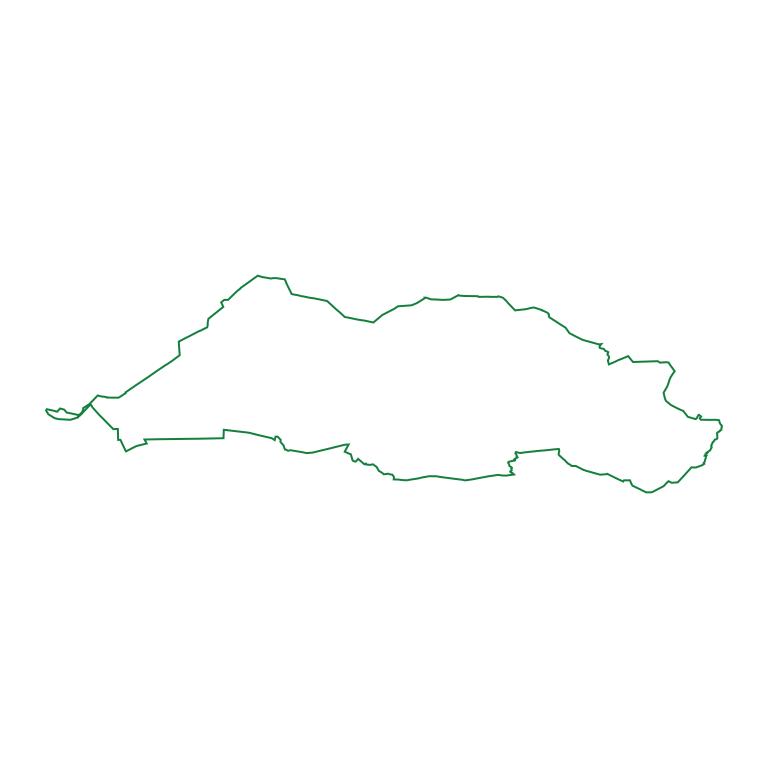 outline of Iršu pag., Kokneses, Latvia
{"feature_id": "27541924B71270592653243", "entity_name": "Iršu pag.", "entity_type": "district", "adm_level": 2, "iso_a3": "LVA", "parent_name": "Latvia", "parent_adm1": "Kokneses", "projection": "robinson", "projection_center": [25.608, 56.781], "detail": "fine", "context": "isolated", "style": "outline", "palette": "green", "viewbox_px": 768, "rotation_deg": 0, "n_neighbors": 0, "source": "geoboundaries", "source_scale": "gbopen_adm2", "svg_char_len": 5889}
<svg xmlns="http://www.w3.org/2000/svg" viewBox="0 0 768 768"><path d="M719.2,420.8L719.1,420.3L716.2,419.8L715.0,419.8L709.6,419.9L700.8,419.7L699.7,418.3L701.1,416.6L699.1,414.9L698.4,415.1L696.5,418.5L696.3,418.5L695.7,419.1L691.8,418.0L687.8,416.8L685.6,413.9L684.5,412.6L683.2,410.8L681.6,410.3L677.5,408.4L674.7,407.0L670.8,404.9L670.3,404.5L665.9,400.8L665.2,399.2L664.3,395.9L663.6,392.7L667.4,386.2L669.6,379.6L670.5,377.4L673.1,373.4L674.7,371.2L670.3,365.2L668.6,362.6L666.6,362.2L659.9,362.6L657.8,361.2L633.0,362.0L628.2,356.1L621.3,359.0L618.8,359.9L614.5,362.0L608.9,364.4L607.9,360.6L609.1,357.6L608.7,356.0L607.4,354.5L608.3,352.2L607.0,351.5L605.3,350.9L603.9,349.0L603.0,348.7L600.7,348.3L600.1,348.1L599.6,347.4L599.5,346.7L599.7,346.3L600.6,344.8L601.2,344.1L599.0,344.4L582.7,339.9L576.2,336.7L569.4,333.1L565.6,327.7L563.3,326.2L562.9,326.0L558.8,323.4L554.7,320.7L549.3,317.3L548.7,315.3L549.0,314.9L548.7,314.2L548.4,313.6L548.0,313.3L547.3,312.7L545.5,311.8L541.7,310.2L541.8,310.0L534.0,307.5L532.2,307.7L525.7,309.2L515.1,310.4L508.4,303.4L506.2,300.8L503.1,297.9L502.3,297.5L498.2,296.3L497.4,296.9L497.1,296.9L494.0,296.9L489.4,296.9L489.2,296.7L478.7,296.9L477.9,296.2L464.0,296.0L458.8,295.5L458.5,295.1L450.4,299.5L442.9,299.9L436.1,299.5L431.2,299.4L426.2,297.7L425.3,297.7L425.4,297.8L416.9,303.1L411.6,305.3L398.0,306.3L394.1,308.9L382.3,315.0L373.4,322.5L364.1,320.5L362.2,320.3L356.6,319.4L349.3,317.8L344.7,317.0L341.1,313.5L336.5,309.6L327.1,301.0L315.0,298.5L308.9,297.6L304.3,296.6L300.6,296.0L299.2,295.5L291.7,294.1L286.1,282.7L286.2,282.3L284.7,279.3L278.5,278.5L276.7,278.1L273.6,278.1L270.6,278.5L267.4,277.9L262.5,277.1L257.7,275.7L248.7,282.2L240.7,287.9L240.6,288.3L237.1,291.1L228.0,299.9L224.2,299.9L221.2,302.4L223.3,306.9L208.4,318.8L207.6,323.4L207.8,324.7L207.7,325.1L207.2,327.3L202.3,329.7L201.6,330.2L198.9,331.2L188.1,336.8L186.4,337.6L178.8,341.6L179.1,346.8L179.7,355.2L172.3,360.7L168.1,363.6L164.8,365.6L157.8,370.3L149.0,376.5L135.5,385.5L131.8,388.1L128.1,390.6L125.5,392.4L125.3,393.2L125.4,393.3L119.4,397.2L118.5,397.7L107.4,397.6L107.4,397.4L103.6,396.6L102.4,396.7L97.7,395.5L89.4,404.1L83.2,408.1L83.1,410.1L81.7,412.7L78.8,415.1L66.6,412.5L64.2,409.6L60.0,408.5L57.5,411.4L57.3,411.2L57.2,411.2L56.8,411.5L56.6,411.6L56.0,411.5L55.2,411.1L46.8,409.2L46.1,410.6L48.4,414.3L54.5,418.1L58.4,419.1L70.4,419.8L78.0,417.4L78.0,416.2L79.0,416.2L79.5,415.9L81.6,413.9L83.0,412.3L89.3,405.7L89.6,405.2L90.0,405.0L91.0,404.8L92.7,407.6L97.7,413.2L100.1,415.8L102.7,418.3L105.6,421.3L113.4,429.2L117.8,428.9L118.0,433.2L118.1,439.9L120.5,439.9L121.7,442.6L125.6,450.8L126.0,451.4L134.5,447.0L136.4,446.1L138.6,445.5L146.7,443.5L144.5,439.5L160.5,439.2L200.0,438.7L204.8,438.6L223.5,438.2L223.8,429.8L248.0,432.6L250.2,433.0L256.3,434.6L271.7,438.2L274.7,440.1L275.5,436.7L277.7,436.7L280.7,439.9L280.4,441.8L283.6,445.5L284.8,449.4L285.0,449.4L285.6,449.4L288.0,450.8L290.5,450.2L301.7,452.1L306.7,453.1L312.6,452.6L330.4,448.3L340.4,445.8L344.9,444.7L347.7,444.5L348.1,444.6L348.1,444.8L348.5,444.7L344.7,451.7L350.6,454.3L350.9,454.4L352.5,460.1L353.5,461.2L355.7,461.6L358.1,458.9L364.3,464.2L365.9,463.6L366.1,464.5L370.3,464.9L372.9,464.3L376.6,466.9L378.8,470.8L382.2,472.9L383.8,474.3L388.3,473.7L389.3,474.2L392.4,474.7L394.0,477.1L393.7,479.4L398.8,479.6L402.6,480.1L406.9,480.3L410.5,479.6L417.8,478.5L422.9,477.3L429.3,476.2L436.6,476.3L441.2,477.1L461.5,479.7L461.9,479.7L465.2,480.4L472.7,479.3L481.8,477.5L484.4,477.1L487.2,476.5L498.0,474.9L502.5,475.5L505.4,475.5L506.1,475.6L514.0,474.5L513.2,473.7L512.6,473.2L510.7,472.3L510.2,471.7L510.2,471.4L511.5,470.7L511.7,470.4L511.7,470.1L511.6,469.7L511.2,468.9L511.9,468.1L511.9,467.8L511.5,467.4L511.1,467.0L510.0,466.4L509.5,466.0L509.3,465.4L509.0,464.2L508.5,463.4L508.1,462.5L508.4,462.1L508.8,461.8L514.4,460.4L514.6,460.6L515.0,460.4L515.1,460.1L514.6,459.7L514.3,459.3L515.0,458.7L517.6,457.4L517.5,457.2L517.2,456.8L516.9,456.5L516.6,456.1L516.8,455.8L516.3,454.4L515.4,453.5L515.8,452.1L516.4,452.1L519.0,452.8L521.2,453.0L523.5,452.5L540.4,450.7L544.7,450.4L554.0,449.4L558.8,449.0L559.3,451.0L559.0,452.1L558.7,453.4L558.6,454.3L558.7,454.6L559.0,455.1L560.5,456.5L561.8,457.6L562.3,458.2L563.2,459.0L563.8,459.4L565.0,460.4L565.9,461.5L568.3,463.8L570.1,464.6L570.6,465.0L571.1,465.6L571.7,465.9L571.9,466.0L572.3,466.0L575.8,466.0L583.5,469.9L586.9,471.0L600.2,474.7L607.3,474.1L607.4,473.9L616.4,478.4L623.2,481.5L623.9,480.3L630.0,480.3L631.2,483.5L632.5,485.7L640.3,489.4L641.7,490.2L646.2,492.3L651.2,492.3L652.2,492.1L658.8,488.7L663.0,486.5L664.2,485.6L666.9,482.6L667.2,482.4L667.3,482.2L668.6,481.2L669.8,481.9L671.8,482.8L677.8,482.3L683.0,476.7L689.1,470.0L689.7,469.4L691.3,467.4L695.4,467.5L695.8,467.5L698.7,466.5L701.4,465.5L702.0,465.3L702.5,465.1L702.8,464.8L702.9,464.5L703.6,464.3L703.8,463.8L704.3,463.7L704.2,463.4L703.8,462.9L704.3,462.2L704.7,461.5L705.1,459.8L705.7,458.1L706.0,456.8L706.1,456.2L705.9,456.0L705.4,455.9L705.8,455.6L705.3,455.3L705.7,455.1L705.8,454.9L706.2,454.9L705.9,454.5L706.3,454.5L706.4,453.9L706.6,453.2L706.5,452.9L707.1,452.9L707.0,452.6L707.7,452.3L707.8,452.2L707.8,451.8L708.5,451.4L709.7,450.7L710.4,449.8L711.0,448.6L711.1,448.2L711.6,447.7L711.7,447.4L711.6,446.9L711.3,446.5L711.2,445.9L711.6,445.2L711.6,444.4L712.2,443.8L712.3,443.1L712.6,442.8L712.8,442.4L712.8,442.2L713.0,441.9L713.4,441.8L713.8,441.2L714.4,440.3L714.8,439.7L715.6,439.4L716.0,439.3L716.7,439.0L717.2,438.5L717.3,438.3L717.3,438.1L717.3,437.7L717.3,436.1L717.1,434.2L717.1,433.6L717.2,432.9L717.3,432.6L717.7,432.3L718.1,432.2L718.7,431.7L719.3,431.5L719.7,431.2L720.1,430.8L720.0,430.6L720.2,430.4L721.1,429.9L721.5,429.6L721.5,429.3L721.4,428.4L721.4,427.9L721.9,426.9L721.8,426.3L721.9,426.0L721.9,425.8L721.5,425.3L720.5,424.3L719.5,422.3L719.4,421.6L719.2,420.8Z" fill="none" stroke="#15803d" stroke-width="2"/></svg>